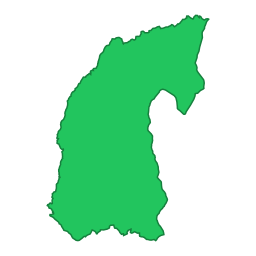 outline of Muong Khuong, Lào Cai, Vietnam
{"feature_id": "81297802B9711168823282", "entity_name": "Muong Khuong", "entity_type": "district", "adm_level": 2, "iso_a3": "VNM", "parent_name": "Vietnam", "parent_adm1": "Lào Cai", "projection": "natural_earth1", "projection_center": [104.124, 22.685], "detail": "fine", "context": "isolated", "style": "filled", "palette": "green", "viewbox_px": 256, "rotation_deg": 0, "n_neighbors": 0, "source": "geoboundaries", "source_scale": "gbopen_adm2", "svg_char_len": 5705}
<svg xmlns="http://www.w3.org/2000/svg" viewBox="0 0 256 256"><path d="M167.1,198.5L165.8,195.7L165.5,193.7L164.5,192.0L162.7,190.0L161.9,188.6L161.5,185.7L161.3,182.3L161.0,181.5L158.3,178.7L157.4,177.4L157.5,176.3L158.1,175.1L158.9,172.2L158.3,169.3L158.2,166.9L157.0,163.0L155.6,161.1L154.8,159.0L155.2,157.7L154.8,155.6L152.8,153.4L152.7,151.1L151.9,149.7L151.3,147.1L151.6,145.8L151.5,144.6L152.1,142.8L152.6,140.4L152.4,139.0L152.5,136.0L151.3,134.0L148.2,130.8L147.8,129.9L147.8,127.6L148.2,126.3L148.8,124.6L149.8,123.4L150.3,122.4L149.9,119.6L148.8,117.3L148.6,115.8L148.1,114.4L148.5,112.2L148.9,107.0L150.0,104.7L149.8,104.0L150.3,103.3L150.9,101.6L151.4,100.7L152.8,99.5L154.1,98.9L155.1,97.1L159.3,92.0L159.6,90.8L161.2,89.7L162.8,89.2L165.5,90.0L174.2,95.6L175.8,97.6L176.1,98.5L176.9,101.8L177.4,107.2L177.3,108.1L177.7,108.9L178.2,109.4L180.2,110.9L183.5,114.1L184.1,114.3L184.9,114.2L185.5,113.6L186.2,111.7L190.6,104.9L193.8,99.2L195.0,96.0L195.2,93.8L195.7,93.5L197.7,93.2L200.4,90.5L203.1,89.1L203.9,88.4L203.7,86.9L204.2,83.1L204.0,81.5L203.7,80.0L203.2,79.2L198.0,72.4L197.0,70.7L196.7,69.7L197.0,67.8L196.9,67.2L196.3,65.3L195.3,63.4L195.2,62.9L197.0,57.7L197.2,55.0L198.9,51.3L199.7,47.0L202.4,37.6L202.1,33.7L202.3,32.0L204.5,28.5L204.6,26.6L205.2,25.6L206.7,21.5L208.7,19.2L208.2,18.9L207.3,18.8L205.9,19.0L204.7,19.9L204.1,19.9L202.1,18.8L201.4,17.8L200.8,16.7L199.8,16.1L199.2,17.6L198.3,16.6L197.8,15.7L197.3,15.4L195.5,15.4L194.6,16.5L194.0,16.9L193.3,18.8L192.9,19.0L192.4,18.9L191.7,18.3L191.0,18.2L189.2,16.8L188.4,16.0L186.7,16.1L186.6,16.5L186.9,17.8L186.8,18.0L186.1,18.3L185.6,18.3L185.1,19.1L183.9,19.6L183.2,19.3L182.7,19.4L181.6,21.1L180.3,22.5L180.0,23.2L179.1,23.6L178.5,24.1L177.8,23.9L176.3,25.5L174.5,26.7L174.2,26.6L173.6,25.7L173.1,25.2L171.8,24.6L171.4,24.8L170.8,25.6L168.8,26.4L168.0,27.0L166.1,27.0L162.9,28.3L161.6,28.3L160.8,28.6L159.3,26.4L157.3,26.9L155.3,28.1L152.9,28.4L150.9,30.5L149.5,30.6L148.9,31.0L149.1,32.2L148.2,32.7L144.8,32.8L144.1,31.9L143.1,31.2L141.9,31.4L141.2,31.7L141.0,32.5L141.2,33.7L140.7,34.3L139.9,36.1L138.8,36.5L138.0,36.3L136.0,36.5L135.6,38.9L135.3,39.5L134.2,40.1L132.7,39.3L132.3,39.2L131.0,39.7L130.6,40.4L129.6,41.3L128.6,41.6L127.5,42.6L124.4,43.0L123.8,43.3L123.4,43.9L123.0,43.5L122.9,42.2L122.0,40.5L121.8,39.1L119.2,37.5L118.1,37.5L116.1,37.9L115.1,38.9L114.8,39.0L112.2,38.8L111.6,40.5L110.0,42.7L109.7,43.9L109.2,44.9L108.4,45.4L107.5,45.4L106.5,45.7L105.2,47.1L104.1,49.2L103.5,51.4L102.7,52.4L100.5,54.3L99.7,55.9L99.4,58.0L98.1,62.0L98.3,62.8L97.8,63.2L97.6,65.1L97.2,66.5L96.5,67.1L96.4,68.1L96.1,68.3L93.8,68.5L93.3,69.0L92.9,69.6L93.3,70.5L91.9,70.4L90.7,71.0L90.4,71.9L90.9,72.7L90.7,74.4L89.8,73.5L89.4,73.4L88.8,73.9L88.5,74.6L87.6,74.7L86.6,75.8L85.8,76.3L85.6,77.2L83.5,77.1L83.2,77.3L82.7,78.3L81.0,80.9L80.0,83.4L78.9,83.6L78.2,84.9L77.8,86.1L77.2,87.0L76.4,87.8L75.1,88.7L75.2,90.1L74.4,90.6L73.7,91.7L72.8,91.8L71.9,92.8L71.5,93.4L71.4,94.2L71.0,94.7L71.0,96.2L70.0,96.6L69.5,97.6L68.7,98.4L68.6,99.3L68.2,100.1L67.3,101.0L67.7,102.8L67.6,105.2L66.8,108.2L66.0,109.5L65.7,110.4L65.5,111.2L65.1,112.0L64.9,113.8L65.3,115.1L64.9,115.9L64.6,117.3L64.1,118.1L63.7,119.3L61.7,121.0L61.3,121.9L60.9,122.3L61.0,123.1L60.6,124.3L61.1,127.4L60.3,129.6L59.1,130.6L58.2,131.9L58.1,133.3L57.2,134.7L57.6,136.0L56.9,137.9L57.0,138.4L58.4,138.6L57.9,139.7L57.2,140.2L57.1,140.5L57.3,141.4L57.1,142.2L57.1,143.3L58.0,143.8L58.7,143.8L60.6,148.2L61.7,149.2L62.7,149.4L63.2,149.1L63.4,149.7L63.2,150.5L62.0,151.6L61.9,151.9L62.5,153.9L62.4,154.8L62.6,156.4L62.4,157.4L62.7,158.3L61.7,159.5L61.6,160.3L60.9,161.1L60.5,163.0L60.6,164.6L59.6,166.8L59.1,168.9L58.7,169.7L58.8,172.0L59.1,172.4L59.2,173.0L59.2,173.7L58.9,174.0L59.2,174.3L59.4,176.1L59.1,176.5L59.9,177.1L60.0,177.4L59.8,177.6L59.1,177.8L59.0,179.3L58.3,180.8L58.2,181.8L57.6,183.3L57.0,183.6L56.4,184.4L56.4,188.2L55.6,191.6L53.8,192.1L53.6,192.3L53.1,193.3L52.3,193.8L52.5,195.9L51.9,197.1L52.3,197.8L53.0,198.2L53.1,198.4L52.4,199.4L52.1,200.3L52.3,203.4L52.0,203.7L51.6,203.8L50.6,203.1L50.1,203.0L48.8,204.4L48.1,204.5L47.7,204.7L47.3,205.6L47.9,205.9L48.6,206.5L49.1,208.1L50.4,208.4L51.7,209.3L52.2,210.7L53.0,211.4L53.0,211.6L52.6,212.0L52.6,212.4L53.4,212.7L53.6,213.0L53.6,213.8L53.3,214.0L52.4,214.1L51.4,214.7L50.1,214.5L49.8,215.1L50.1,215.8L51.3,216.5L51.8,216.5L52.5,216.9L53.7,217.8L54.7,219.0L58.5,222.0L58.9,222.7L59.2,223.8L60.4,224.3L61.0,224.9L61.4,225.5L61.7,226.5L63.3,229.0L63.9,230.3L67.3,231.3L68.1,232.0L68.7,232.9L70.8,234.4L72.5,237.7L72.9,238.1L74.8,239.4L75.1,239.4L75.6,240.0L76.2,240.3L77.9,240.6L79.3,240.3L82.1,238.2L83.9,236.5L84.5,236.4L85.5,236.8L85.9,236.2L87.3,235.1L89.8,234.1L90.2,233.9L91.5,231.5L92.1,230.0L92.6,230.1L95.0,231.4L95.8,232.3L96.5,233.8L97.1,233.8L97.9,232.5L100.2,231.0L100.4,230.4L100.5,229.8L103.7,229.9L107.2,229.1L109.3,228.0L109.5,227.2L109.5,226.2L110.5,225.3L113.3,225.1L113.7,225.1L114.6,228.0L114.9,228.2L116.6,228.3L119.0,230.7L120.0,232.6L121.5,234.3L123.4,233.8L123.6,235.5L127.1,233.9L127.3,233.7L127.0,233.0L127.1,232.1L127.8,231.3L127.9,230.5L131.0,229.1L131.0,230.3L130.6,231.0L130.4,232.5L131.5,233.1L132.5,232.9L134.7,231.7L137.3,233.1L139.5,233.1L139.5,235.3L139.7,236.2L140.3,236.2L141.0,236.8L142.4,236.8L144.2,237.4L146.5,239.4L148.0,239.5L149.7,240.0L151.3,240.1L154.1,239.5L155.7,240.6L156.6,239.7L157.5,238.0L159.0,236.5L161.0,235.4L163.9,234.6L163.6,232.8L163.1,230.8L160.3,226.3L159.0,225.0L157.7,222.3L157.3,220.8L156.6,219.4L156.7,217.6L157.0,215.7L158.0,214.3L159.1,213.3L159.5,211.9L160.3,210.6L161.0,209.7L162.4,208.5L163.2,207.1L164.2,206.3L164.9,204.6L165.9,203.3L167.0,200.9L167.4,199.7L167.1,198.5Z" fill="#22c55e" stroke="#15803d" stroke-width="1.5"/></svg>